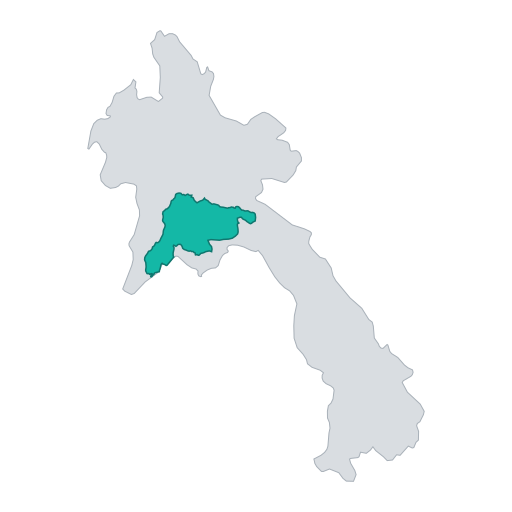 Laos, with Vientiane highlighted
{"feature_id": "LAO-3284", "entity_name": "Vientiane", "entity_type": "Province", "adm_level": 1, "iso_a3": "LAO", "parent_name": "Laos", "parent_adm1": "", "projection": "natural_earth1", "projection_center": [102.396, 18.611], "detail": "fine", "context": "in_parent", "style": "filled", "palette": "teal", "viewbox_px": 512, "rotation_deg": 0, "n_neighbors": 0, "source": "natural_earth", "source_scale": "10m", "svg_char_len": 6805}
<svg xmlns="http://www.w3.org/2000/svg" viewBox="0 0 512 512"><path d="M177.1,36.8L179.6,41.8L191.1,55.4L193.0,59.0L197.2,61.8L200.8,73.8L202.2,74.6L204.1,73.7L205.6,72.1L206.8,67.4L207.6,66.9L208.9,70.7L212.1,71.9L213.5,73.6L213.9,76.5L213.4,79.4L210.7,86.3L209.1,95.4L220.4,115.1L225.1,117.8L236.3,121.0L243.9,125.3L247.4,124.3L250.8,119.4L254.8,116.7L262.4,112.5L264.5,112.3L268.7,113.9L275.6,118.8L285.9,128.0L285.6,130.4L283.7,132.8L278.2,136.5L276.4,138.8L277.5,139.7L282.1,140.2L287.6,142.3L289.3,144.7L290.2,150.2L291.2,151.2L296.2,150.6L297.8,151.4L299.6,153.1L301.4,157.6L301.4,161.0L296.4,167.0L295.8,170.6L293.2,174.9L286.4,182.0L284.5,182.5L271.8,178.5L261.7,179.1L260.8,180.6L262.5,184.9L263.0,189.2L261.5,192.5L255.7,196.7L255.5,198.5L256.7,200.5L265.1,204.3L292.2,224.9L304.5,228.9L310.0,231.5L311.4,232.9L311.3,234.7L309.9,237.0L308.8,241.1L308.7,243.5L310.0,245.8L312.2,249.3L319.8,257.2L325.4,259.0L331.2,268.0L333.0,275.8L335.9,280.9L350.0,297.9L361.8,308.3L368.8,319.5L372.2,322.1L373.3,326.1L374.3,338.0L378.4,343.9L379.3,346.3L381.0,348.1L383.0,348.4L387.1,344.5L387.9,345.1L389.8,351.4L391.6,353.6L397.8,357.5L404.4,365.0L408.0,367.8L412.5,369.9L413.1,372.3L412.3,374.7L410.9,376.3L403.3,380.7L402.2,382.5L407.4,392.2L420.2,404.1L424.2,411.3L423.4,414.7L419.9,421.7L417.3,423.5L416.6,425.7L418.6,431.4L418.4,440.1L416.0,442.3L413.8,447.6L412.2,448.0L408.3,446.1L400.1,455.3L396.6,454.8L392.5,460.0L387.2,460.6L383.5,456.8L375.7,450.6L372.9,446.8L370.4,450.1L366.3,453.3L360.5,452.2L359.0,456.8L357.8,457.6L350.8,458.4L349.5,459.1L350.7,463.4L354.8,470.5L356.1,474.6L353.5,481.3L346.3,481.1L343.0,478.4L338.8,472.7L329.5,469.0L323.3,471.5L321.4,471.4L316.7,466.6L314.9,463.5L313.9,459.0L321.0,455.3L324.6,452.4L326.9,449.3L327.9,446.2L329.0,432.9L330.0,428.2L329.4,422.5L327.5,418.0L327.4,411.2L328.4,405.7L331.1,403.0L333.0,399.0L334.1,390.2L333.2,387.9L330.6,385.8L326.1,383.7L323.2,381.1L322.1,378.0L322.2,375.2L323.5,372.8L320.1,370.2L312.0,367.3L307.5,363.8L306.5,359.7L303.1,354.3L297.2,347.7L294.1,338.2L293.8,325.7L294.4,315.6L296.9,303.9L293.5,295.4L289.7,290.9L284.5,287.7L279.6,282.9L274.8,276.8L269.2,267.7L262.6,255.7L258.2,250.4L255.9,251.6L251.2,250.5L243.9,247.0L237.6,245.2L232.2,244.9L228.7,245.7L227.1,247.5L227.0,249.3L228.3,251.1L227.6,252.5L224.8,253.5L222.5,255.5L220.0,259.9L218.2,265.6L215.5,267.9L211.4,268.3L207.3,270.0L203.3,272.8L201.4,274.9L201.6,276.4L200.8,276.7L198.8,275.9L197.9,274.0L198.0,271.0L196.0,269.0L191.8,267.9L187.0,264.7L178.0,256.4L175.9,256.1L172.9,258.2L169.0,262.9L165.8,264.7L163.3,263.7L161.3,265.4L159.9,269.6L157.4,272.9L145.2,281.9L134.2,293.5L131.4,294.5L124.8,291.2L122.7,289.0L131.8,265.4L133.2,259.6L132.9,252.1L129.1,245.7L128.9,243.9L129.5,242.0L134.2,234.6L139.6,215.8L139.4,209.9L137.0,203.5L135.7,197.3L136.8,189.0L136.4,185.8L133.8,184.1L125.5,182.5L120.7,183.8L118.4,186.1L115.6,187.5L110.3,188.3L105.4,185.5L101.2,180.7L100.2,174.8L105.5,162.2L106.8,157.3L106.6,155.0L105.7,152.6L104.5,152.3L101.8,149.3L99.3,144.1L96.8,141.7L94.5,142.2L92.4,144.1L88.9,149.1L87.8,148.5L90.9,131.0L93.8,123.6L97.3,120.2L100.9,118.7L104.7,119.2L107.9,118.6L110.4,116.8L110.2,115.8L107.2,115.5L106.0,113.5L106.6,109.8L108.0,107.4L110.0,106.3L112.1,102.5L114.0,96.2L116.4,93.0L119.2,92.9L124.0,90.1L130.8,84.7L133.4,79.5L135.9,81.9L135.0,88.0L136.3,89.2L136.9,91.4L136.6,94.8L137.1,97.6L138.1,99.0L139.6,99.7L146.8,97.3L151.2,97.1L158.4,101.5L162.6,98.2L162.7,97.0L159.2,92.8L160.3,77.5L159.8,65.9L153.9,57.3L152.7,53.9L152.1,48.2L150.5,43.4L154.7,39.6L157.0,32.5L160.0,30.7L160.9,31.0L164.5,36.3L169.1,33.7L172.6,33.7L175.5,35.1L177.1,36.8Z" fill="#d9dde1" stroke="#a8b0b8" stroke-width="1"/><path d="M173.8,257.0L167.1,265.2L166.2,265.5L164.5,264.4L162.7,263.9L162.3,263.3L162.0,263.3L161.3,264.1L160.9,265.0L160.5,267.2L159.4,270.7L159.3,271.7L155.1,272.7L154.4,273.2L154.0,274.2L153.5,274.8L152.5,274.1L152.5,274.9L152.4,275.6L152.2,276.1L151.9,276.6L151.1,276.9L150.7,276.6L150.7,276.2L151.5,274.6L151.6,274.3L151.3,273.7L150.7,273.8L150.1,274.1L149.8,274.4L149.5,274.4L149.2,273.7L148.9,273.5L147.8,273.7L147.1,273.6L146.8,273.2L146.6,272.7L145.7,270.9L145.7,269.5L146.0,268.0L146.1,266.5L145.8,262.7L145.6,262.1L144.8,260.4L144.6,259.7L144.8,257.6L145.6,255.9L147.6,253.2L148.0,252.4L148.3,251.7L148.7,251.2L149.6,251.0L150.4,250.7L151.2,250.0L151.8,249.2L152.3,248.5L152.4,248.0L152.4,247.4L152.6,246.9L153.2,246.6L154.2,245.8L154.7,245.0L155.5,243.1L156.2,242.4L156.7,242.7L157.3,242.7L157.8,242.6L158.3,242.4L159.3,241.5L159.4,241.3L159.9,240.7L160.9,238.3L161.5,237.2L162.9,234.5L163.1,233.5L163.3,231.3L163.5,230.2L164.9,227.0L165.2,225.4L164.7,223.7L162.9,221.4L162.6,220.6L162.7,219.6L163.2,217.7L163.2,216.4L163.1,215.4L163.0,214.9L162.8,214.5L162.6,214.0L162.7,213.5L162.9,212.9L162.9,212.0L164.2,210.8L165.1,210.0L165.5,209.5L166.0,209.1L167.3,208.8L169.5,206.5L170.8,203.4L171.2,201.2L171.7,200.5L172.6,200.2L173.2,199.6L173.7,198.9L174.4,198.3L175.0,197.6L175.7,194.4L177.0,193.5L178.7,193.1L179.8,193.1L181.0,193.4L181.6,194.2L182.3,194.8L183.8,194.5L185.1,195.5L186.6,194.6L187.9,194.1L188.5,194.7L189.3,195.2L190.5,195.3L191.8,195.2L191.6,196.1L191.2,197.0L192.2,197.4L193.1,197.7L193.6,198.7L194.0,199.9L195.4,201.5L197.0,202.8L200.2,201.0L202.7,200.2L204.5,198.1L205.1,199.3L206.7,200.1L207.4,200.5L207.9,200.7L209.3,202.3L210.6,203.1L211.6,204.0L212.3,204.2L213.0,204.0L213.9,203.9L217.7,204.9L218.6,205.3L219.9,206.8L221.5,207.1L223.1,207.2L227.5,208.2L228.1,208.0L228.6,207.7L230.1,207.6L231.3,207.0L232.3,207.2L233.3,207.3L234.2,208.1L235.3,208.1L235.6,207.0L236.3,206.6L237.1,206.5L238.4,206.7L239.6,207.7L240.6,209.0L241.7,210.1L243.1,210.2L245.0,211.0L247.9,210.8L249.7,211.9L251.1,212.5L252.7,212.4L254.1,212.9L255.2,214.1L255.6,217.5L255.2,221.0L253.9,221.6L252.5,222.4L251.6,223.3L250.4,223.7L249.2,223.1L248.1,222.3L246.8,221.5L245.7,220.4L244.4,219.7L243.1,219.2L241.2,217.2L239.8,217.3L237.4,218.2L237.4,219.6L237.6,221.1L238.2,222.5L238.7,222.6L238.9,223.1L238.4,223.4L237.7,223.4L237.3,224.7L237.5,226.4L237.8,228.0L238.0,229.8L238.1,232.0L237.6,233.9L236.5,235.0L235.4,236.1L232.3,238.2L228.7,239.1L223.4,239.4L219.6,240.2L210.9,239.6L207.9,240.3L209.5,244.2L210.5,245.4L211.5,246.5L212.0,249.1L211.6,251.7L209.3,250.9L205.6,251.7L204.4,252.4L202.7,253.0L201.0,253.3L198.9,255.3L198.0,255.2L197.3,254.6L196.7,254.8L195.5,254.6L195.4,254.7L195.3,254.4L195.3,253.5L195.1,252.9L194.6,252.7L194.1,252.6L193.9,252.3L193.1,251.5L191.7,251.6L191.1,251.2L190.5,250.9L189.2,251.2L187.9,250.9L186.1,250.1L184.2,249.5L182.7,248.3L182.2,246.6L181.5,245.4L180.6,244.4L179.2,244.3L177.8,244.6L176.9,245.7L175.9,246.3L174.7,245.5L173.6,245.2L173.3,246.3L174.0,247.5L174.0,248.9L173.1,253.1L173.2,255.8L173.4,256.3L173.6,256.8L173.8,257.0L173.8,257.0Z" fill="#14b8a6" stroke="#0f766e" stroke-width="1.5"/></svg>